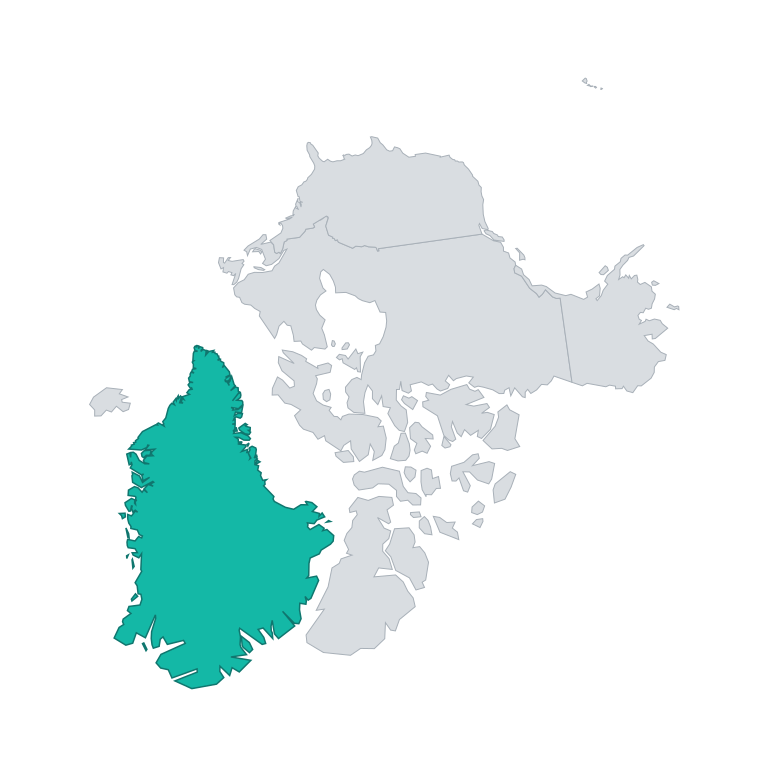 Greenland highlighted, Mercator projection, rotated 172°
{"feature_id": "GRL", "entity_name": "Greenland", "entity_type": "country or territory", "adm_level": 0, "iso_a3": "GRL", "parent_name": "North America", "parent_adm1": "", "projection": "mercator", "projection_center": [-41.68, 71.708], "detail": "fine", "context": "with_neighbors", "style": "filled", "palette": "teal", "viewbox_px": 768, "rotation_deg": 172, "n_neighbors": 3, "source": "natural_earth", "source_scale": "50m", "svg_char_len": 18436}
<svg xmlns="http://www.w3.org/2000/svg" viewBox="0 0 768 768"><g transform="rotate(172 384 384)"><path d="M266.1,518.8L255.6,510.6L248.8,508.1L246.7,502.8L247.2,499.0L242.4,496.4L241.7,491.3L237.2,486.6L237.1,483.3L239.2,480.1L239.1,475.9L232.7,471.6L226.4,458.5L220.4,452.3L218.4,448.4L214.7,450.8L211.0,454.9L205.0,446.8L201.3,444.7L197.6,444.5L197.6,359.5L214.6,368.2L217.9,363.8L222.4,360.4L228.1,361.7L233.7,356.9L239.9,354.2L242.5,358.7L245.3,356.2L246.1,350.9L248.7,352.1L255.1,362.0L260.1,354.6L260.7,362.9L265.3,361.1L266.7,357.9L271.3,358.5L277.1,363.1L285.9,367.0L291.1,368.8L294.8,368.1L299.9,373.3L294.6,378.4L301.4,380.5L311.6,379.3L314.8,377.6L318.8,383.6L322.9,378.5L319.1,374.2L321.5,370.7L329.1,369.2L332.2,371.7L336.0,377.2L340.2,376.4L346.8,380.9L358.2,379.6L357.8,373.3L361.1,371.5L367.0,375.0L367.0,384.4L369.4,376.5L372.4,376.8L374.1,366.4L370.1,359.8L365.6,355.3L365.9,342.7L370.4,334.1L375.4,336.0L379.2,341.3L384.3,354.2L381.0,359.6L388.0,361.8L388.0,372.6L393.0,364.4L397.5,371.1L396.4,378.7L400.1,385.3L404.0,378.2L406.8,369.4L407.0,357.6L417.9,360.1L423.0,365.4L423.2,370.6L420.4,376.1L423.1,381.4L422.6,386.2L415.2,392.9L409.9,394.3L406.0,391.5L404.9,396.2L400.2,407.8L395.8,413.7L390.4,414.3L387.4,417.9L387.2,423.4L382.8,424.4L378.2,431.0L374.1,439.9L372.6,446.0L372.4,454.6L377.9,455.8L381.4,467.9L386.7,466.5L393.7,469.5L397.5,472.1L400.2,475.3L408.9,480.0L419.2,481.0L418.6,486.7L419.8,493.1L422.5,500.1L428.1,505.9L431.0,503.9L433.1,497.6L431.1,487.6L428.5,484.2L434.5,481.1L438.8,476.4L440.9,471.7L440.6,467.1L438.0,461.1L433.4,455.7L437.9,447.9L436.2,441.0L435.0,428.7L437.6,426.8L447.9,429.8L451.1,427.6L459.2,435.0L460.4,438.1L467.1,438.7L467.0,445.1L468.2,454.6L471.7,455.7L474.4,460.0L479.9,455.9L483.5,447.8L486.0,444.3L498.0,468.7L496.5,473.0L501.5,476.8L504.9,480.7L510.9,482.4L513.4,484.4L514.9,489.9L517.8,490.8L519.3,493.1L519.6,500.1L514.1,504.6L507.9,506.7L503.2,511.6L496.8,512.6L488.7,511.3L479.1,511.7L476.0,515.9L471.2,518.5L461.4,531.1L464.6,530.2L470.6,522.8L478.6,518.1L484.2,517.5L487.5,520.3L484.0,524.1L486.4,534.3L491.3,537.0L497.6,536.2L501.3,530.1L501.6,534.1L504.0,536.0L499.4,539.6L487.3,544.9L483.0,548.7L480.2,548.3L480.0,543.8L486.6,539.4L476.4,540.3L473.9,537.2L473.9,529.8L472.2,528.2L469.7,529.1L468.4,527.6L465.6,531.8L463.1,538.5L460.2,539.6L459.9,541.0L447.2,541.0L441.0,546.2L439.8,548.2L432.6,548.3L430.9,549.1L431.8,552.2L426.9,554.7L423.0,555.5L418.6,558.3L416.0,556.7L419.7,548.5L418.2,539.1L414.3,536.6L414.7,535.6L413.1,535.0L412.2,532.8L410.4,533.2L410.7,532.7L409.8,532.1L409.4,530.7L396.2,522.8L392.8,524.4L386.9,523.0L383.9,523.8L380.2,522.0L373.7,520.7L372.6,519.8L371.9,516.6L370.6,516.6L370.6,518.8L266.1,518.8ZM412.7,427.6L415.5,423.8L420.7,423.9L420.6,425.5L416.2,430.0L413.6,429.8L412.7,427.6ZM428.7,323.1L424.5,316.2L424.7,311.4L435.1,312.0L441.6,319.2L442.0,322.8L428.7,323.1ZM426.6,430.5L428.1,428.1L429.6,428.3L430.6,430.0L429.1,434.2L427.4,433.5L426.6,430.5ZM376.4,293.4L374.4,299.0L368.9,298.0L364.3,294.2L366.3,287.6L371.8,283.5L375.1,288.8L376.4,293.4ZM375.6,253.0L366.8,252.4L365.8,247.4L373.4,247.7L376.0,251.0L375.6,253.0ZM364.6,230.1L369.1,236.7L368.1,243.4L362.5,247.1L359.4,242.9L357.8,236.0L357.5,228.0L364.6,230.1ZM397.1,301.8L380.9,295.5L379.2,279.9L375.4,273.0L367.6,271.1L363.2,266.0L364.6,259.2L372.4,260.2L376.6,265.6L384.0,265.6L387.3,270.9L386.4,276.9L393.1,284.1L403.7,286.0L409.7,282.7L423.6,282.5L427.6,288.2L428.4,294.3L426.1,298.1L420.5,301.1L415.6,299.4L397.1,301.8ZM309.8,241.7L315.1,244.5L313.9,249.9L306.8,254.9L301.3,249.3L304.3,243.5L309.8,241.7ZM308.9,228.5L315.9,233.2L311.3,236.9L305.0,236.9L305.1,234.2L308.9,228.5ZM520.6,503.6L515.4,514.1L517.8,512.2L520.4,513.4L519.1,515.5L522.4,517.0L524.1,515.6L527.9,517.4L526.7,521.6L529.4,520.6L531.0,527.2L529.4,532.0L525.3,531.2L526.1,526.7L525.0,525.9L520.6,530.8L518.4,530.6L521.1,528.0L517.4,526.6L506.1,526.8L505.5,525.1L507.8,523.1L506.2,521.6L509.4,518.1L513.3,508.8L515.6,505.4L518.9,503.3L520.6,503.6ZM411.0,402.5L421.6,410.7L421.9,414.8L424.7,414.1L427.4,416.9L424.1,419.6L418.2,417.6L416.1,413.7L407.0,422.6L405.7,417.7L400.6,418.5L403.8,414.3L405.6,399.1L408.3,399.9L409.0,403.9L411.0,402.5ZM432.4,328.8L436.0,323.8L449.6,335.9L450.1,341.1L457.1,338.5L461.0,345.9L470.1,350.5L473.4,355.0L477.0,365.1L470.1,370.0L478.9,376.7L484.9,378.9L490.4,388.0L496.3,388.6L495.1,395.2L488.5,405.8L483.9,402.0L477.9,393.1L473.0,394.3L472.6,399.6L483.2,411.3L485.7,419.8L484.4,425.8L470.1,416.8L479.4,429.0L480.0,431.8L469.8,428.6L461.7,423.8L457.1,419.7L458.4,417.3L447.3,408.7L447.4,411.2L436.5,412.6L433.3,409.6L435.7,403.1L450.6,401.7L449.3,398.5L450.7,393.8L455.5,384.5L453.1,376.7L447.3,371.7L439.6,368.2L442.0,365.5L438.0,358.9L434.7,358.2L431.7,354.5L429.7,357.7L422.9,359.1L409.1,356.7L395.0,351.7L391.9,347.8L395.9,342.5L390.5,342.4L389.3,330.2L392.2,318.9L396.1,313.5L405.8,309.9L403.0,318.5L406.0,326.5L409.5,316.1L419.1,310.7L425.5,324.2L425.0,332.4L432.4,328.8ZM373.1,305.4L380.9,305.9L388.1,309.2L382.5,321.0L378.0,323.5L374.0,332.8L369.7,332.4L367.3,321.3L367.4,314.8L369.3,309.1L373.1,305.4ZM266.1,276.2L272.5,264.2L280.2,253.1L291.2,250.8L290.7,263.9L287.8,269.6L271.2,279.6L266.1,276.2ZM228.9,488.2L232.5,487.7L231.4,494.9L234.7,499.9L233.2,499.9L227.6,492.2L226.9,489.5L227.1,487.4L228.9,488.2ZM331.6,219.5L349.2,229.4L353.6,246.1L347.4,244.1L341.2,238.1L332.8,237.4L336.4,231.8L331.9,227.1L331.6,219.5ZM263.6,521.7L261.7,522.4L255.5,519.9L254.4,517.8L251.0,515.8L250.3,514.1L246.4,513.1L245.0,509.9L245.3,508.5L255.1,511.3L258.3,516.1L262.0,518.5L263.6,521.7ZM271.0,301.0L276.4,303.9L286.1,304.7L293.8,314.3L279.8,326.7L275.1,335.3L275.1,340.5L265.2,346.2L263.2,341.0L254.5,334.7L262.0,311.6L258.3,303.2L271.0,301.0ZM322.8,280.5L326.2,277.9L330.1,278.5L330.8,286.0L328.5,293.1L315.7,295.3L306.2,301.5L300.5,301.8L300.0,297.2L307.8,290.8L290.8,292.5L285.5,289.9L290.6,274.9L294.2,270.5L304.8,275.9L311.5,285.0L318.1,286.1L312.7,271.3L316.2,265.3L320.1,267.2L322.8,280.5ZM327.7,319.6L331.9,324.8L335.5,345.1L348.6,356.1L348.2,360.9L342.0,361.7L344.4,365.8L343.2,369.7L329.8,365.2L318.4,369.4L302.1,371.9L300.0,367.0L294.9,364.1L291.5,365.3L286.9,356.8L305.5,352.2L298.2,349.6L284.8,350.3L282.8,346.1L291.5,341.4L285.7,341.6L279.1,338.4L284.9,324.3L295.0,316.5L298.9,319.0L297.0,325.0L305.4,321.1L310.6,327.6L314.9,321.1L318.3,325.3L321.4,337.3L323.3,332.3L320.6,319.4L324.0,317.5L327.7,319.6ZM350.7,324.3L346.5,315.9L351.0,309.4L355.5,312.2L362.2,310.5L363.2,314.4L359.7,320.7L365.4,326.2L364.7,337.2L358.5,341.8L354.9,340.8L352.3,336.3L342.9,326.8L343.0,322.7L350.7,324.3ZM327.4,312.7L332.5,312.1L335.3,315.1L332.0,323.6L326.1,314.5L327.4,312.7ZM358.0,266.5L360.9,274.0L361.0,282.0L359.3,293.1L353.1,294.6L349.0,292.3L349.1,283.6L342.9,284.8L342.6,272.8L346.7,273.3L352.4,267.7L357.7,268.7L358.0,266.5ZM364.7,201.3L370.0,184.1L373.8,182.4L372.2,176.9L381.0,175.6L385.8,188.5L398.3,197.7L401.3,212.0L405.9,218.7L400.7,224.7L393.7,239.2L379.2,238.1L375.2,230.4L375.2,223.2L378.2,217.9L371.3,218.0L367.1,211.1L364.7,201.3ZM384.1,159.2L401.5,148.6L407.1,137.9L411.7,139.4L415.8,147.5L418.7,131.7L430.4,123.3L444.0,125.4L454.9,120.0L481.3,126.5L496.3,138.6L496.1,146.3L474.4,169.4L482.6,169.3L467.6,190.9L461.1,209.1L453.3,212.6L450.9,216.8L439.5,219.0L444.7,221.6L442.1,225.1L445.2,234.7L441.6,241.1L435.8,246.3L434.0,253.2L428.7,258.3L429.2,262.2L435.7,261.5L435.8,265.6L425.7,275.3L415.8,270.9L404.7,273.4L392.0,270.6L391.5,262.7L398.5,258.9L396.6,246.3L398.9,245.0L409.0,252.7L403.9,241.2L397.8,237.6L400.8,230.2L407.5,225.6L408.6,218.6L403.3,210.4L401.6,199.2L414.9,202.6L420.8,194.4L399.1,193.3L392.5,185.3L389.3,175.5L384.9,168.1L384.1,159.2ZM445.9,382.9L443.4,385.8L439.2,386.3L438.2,381.5L439.8,375.9L443.3,374.5L446.2,377.3L445.9,382.9ZM366.5,361.9L368.8,366.0L366.4,369.6L361.3,366.5L358.2,367.6L353.1,362.9L359.1,354.7L366.5,361.9ZM486.2,513.8L487.5,513.3L492.5,514.8L496.4,517.2L496.5,518.2L489.7,516.5L486.2,513.8ZM488.1,529.9L489.5,532.6L495.7,533.2L493.8,535.4L492.4,535.8L487.7,533.5L486.7,531.6L488.1,529.9Z" fill="#d9dde1" stroke="#a8b0b8" stroke-width="1"/><path d="M266.1,518.8L370.6,518.8L370.6,516.6L371.9,516.6L372.6,519.8L373.7,520.7L380.2,522.0L383.9,523.8L386.9,523.0L392.8,524.4L396.2,522.8L409.4,530.7L409.8,532.1L410.7,532.7L410.4,533.2L412.2,532.8L413.1,535.0L414.7,535.6L414.3,536.6L418.2,539.1L419.7,548.5L416.0,556.2L416.4,557.5L417.7,558.3L431.8,552.2L430.9,549.1L432.6,548.3L439.8,548.2L441.0,546.2L447.2,541.0L459.9,541.0L460.2,539.6L463.1,538.5L465.6,531.8L468.4,527.6L469.7,529.1L472.2,528.2L473.9,529.8L473.9,537.2L477.0,542.0L465.1,547.9L462.5,552.2L462.4,554.9L463.7,557.6L465.2,557.7L464.9,555.9L466.0,557.0L465.7,558.5L454.7,560.5L451.5,562.0L457.1,561.1L458.2,562.0L452.9,563.5L450.5,563.5L450.6,562.9L449.5,564.3L450.6,564.5L449.8,568.0L447.0,571.8L446.8,570.6L444.7,569.1L445.5,571.7L446.4,572.6L446.5,574.4L443.1,580.1L444.0,576.6L442.0,574.8L441.6,570.8L440.9,572.9L441.7,575.9L439.2,575.2L441.8,576.7L441.9,581.2L443.0,581.6L443.9,587.9L441.5,591.3L437.6,592.7L435.2,595.3L433.3,595.6L431.4,597.3L430.8,598.8L426.7,601.7L422.8,606.5L422.2,609.6L422.9,612.6L425.8,619.4L425.8,621.3L427.6,626.2L427.3,630.7L426.4,633.2L425.2,633.8L423.4,633.2L422.8,631.4L421.4,630.5L417.0,621.9L417.8,619.1L416.8,616.7L413.8,613.1L412.3,612.4L408.5,614.4L406.0,612.1L403.7,611.1L399.4,611.6L396.0,611.1L391.6,612.1L392.3,613.3L392.2,615.0L393.0,615.9L392.3,616.5L390.9,615.8L389.5,616.6L386.7,616.5L383.9,614.2L380.6,614.8L377.9,613.7L372.4,615.1L368.9,618.3L365.2,620.1L363.1,622.2L362.3,624.1L362.2,627.0L363.1,630.5L361.7,630.6L356.0,628.4L354.1,623.4L351.9,621.0L348.7,615.5L346.1,613.8L343.0,613.8L340.6,617.3L337.5,616.0L335.5,614.7L333.3,610.0L327.8,605.1L321.2,605.1L321.2,606.9L310.7,606.9L296.4,601.7L296.8,600.8L287.7,601.6L287.1,599.3L284.6,596.7L282.8,596.2L282.4,594.9L280.3,594.6L279.0,593.4L275.5,593.0L274.5,592.2L274.0,589.7L270.4,585.0L267.2,578.5L267.4,577.4L262.8,571.7L262.3,567.8L260.3,565.1L261.1,560.9L260.9,556.6L259.7,552.7L261.2,547.8L262.1,538.2L261.5,530.9L259.2,523.5L259.6,522.4L265.1,524.3L267.1,529.6L268.0,528.1L266.1,518.8ZM197.6,359.5L197.6,444.5L201.3,444.7L205.0,446.8L211.0,454.9L214.7,450.8L218.4,448.4L220.4,452.3L226.4,458.5L232.7,471.6L239.1,475.9L239.2,480.1L237.1,483.3L231.7,478.7L230.6,472.8L225.8,467.3L223.7,460.6L214.1,460.0L209.7,457.9L201.9,450.3L191.7,446.2L186.4,446.8L174.5,440.0L170.3,441.7L171.1,447.0L164.7,449.0L157.2,453.1L156.6,448.7L158.3,441.3L162.3,438.9L161.3,436.9L156.5,441.3L153.9,446.3L148.5,451.7L151.2,455.2L147.7,460.4L139.8,465.5L138.9,468.6L133.0,472.2L131.8,475.4L127.4,478.2L124.8,477.7L114.3,484.0L107.8,485.9L107.2,484.8L119.1,476.0L123.8,475.3L125.6,472.5L130.9,468.4L134.5,464.5L135.1,459.1L137.1,454.8L132.7,457.0L131.5,455.8L129.4,458.4L127.0,454.7L126.0,457.4L124.5,453.7L120.8,456.6L118.5,456.6L118.1,452.3L118.8,449.6L116.4,446.9L111.5,448.3L105.7,443.0L105.7,438.6L102.8,435.2L104.2,430.6L107.3,426.1L108.7,421.8L111.7,421.2L114.3,422.6L117.4,418.5L120.1,419.2L123.0,416.6L122.3,412.7L120.2,411.1L123.0,407.7L116.6,409.7L115.5,411.7L112.5,409.7L107.2,410.7L101.6,408.6L100.1,405.0L95.3,399.8L109.0,391.3L112.1,391.3L111.6,396.0L119.6,395.7L116.5,389.8L111.8,386.1L105.5,377.0L100.4,373.8L102.5,368.3L109.2,368.0L113.9,363.2L114.8,357.9L118.7,352.6L129.5,346.3L133.0,347.0L138.8,340.8L144.5,343.3L147.2,348.5L148.9,346.3L155.3,347.0L155.1,349.6L160.8,351.5L164.7,350.4L182.8,356.4L187.8,354.6L197.6,359.5ZM81.6,416.5L83.9,418.1L86.3,417.2L93.1,420.6L89.9,423.3L85.6,419.9L82.3,420.4L81.4,419.7L81.6,416.5ZM143.2,654.2L145.5,656.5L142.2,658.9L141.2,658.3L140.7,655.7L141.6,654.6L141.5,653.4L143.2,654.2ZM141.0,651.4L139.4,652.2L138.3,650.8L138.7,650.4L141.0,651.4ZM138.1,649.8L138.0,650.2L136.0,650.1L136.3,649.6L138.1,649.8ZM133.3,647.6L134.7,649.2L134.5,649.4L133.0,649.2L132.3,648.1L133.3,647.6ZM128.3,645.6L127.9,646.9L126.6,646.2L127.4,645.5L128.3,645.6ZM101.5,443.9L104.5,444.6L104.8,447.5L102.5,448.7L97.8,445.2L101.5,443.9ZM151.4,461.7L153.9,462.2L155.5,464.4L148.5,470.3L146.6,468.5L146.0,465.3L151.4,461.7Z" fill="#d9dde1" stroke="#a8b0b8" stroke-width="1"/><path d="M675.0,392.5L674.1,398.5L678.4,404.7L673.5,411.4L659.3,418.9L643.8,414.9L647.5,411.1L639.3,406.8L646.0,405.1L645.8,402.4L637.9,400.3L640.5,394.3L646.2,392.9L652.1,399.2L657.8,394.2L662.6,396.8L668.7,391.8L675.0,392.5Z" fill="#d9dde1" stroke="#a8b0b8" stroke-width="1"/><path d="M616.7,109.1L632.4,119.1L609.0,124.7L608.8,127.9L634.9,122.4L637.4,131.1L644.7,133.8L648.5,139.6L642.5,147.3L616.9,154.8L618.2,158.0L634.8,156.3L638.0,164.3L641.1,162.4L643.2,155.5L649.2,154.5L650.0,158.1L649.9,164.4L648.6,171.1L642.7,183.7L642.5,187.2L655.6,165.9L663.9,172.1L668.9,162.3L676.0,161.3L686.6,170.0L680.2,179.8L675.2,182.1L676.0,185.0L675.0,187.5L666.5,192.0L669.6,195.3L667.5,199.2L656.4,199.1L653.7,204.5L654.0,209.6L656.7,210.5L656.5,218.5L658.1,221.9L650.0,232.2L650.6,234.1L647.7,249.7L651.0,246.0L656.2,249.5L656.9,251.9L651.7,251.3L653.4,255.6L660.1,257.5L660.7,259.7L660.5,263.2L659.5,265.8L652.4,263.2L648.2,267.1L645.4,265.3L644.4,267.2L647.2,268.9L648.6,273.8L654.8,276.2L654.4,278.1L656.1,281.8L656.5,285.8L656.0,290.5L652.4,288.5L648.0,292.8L645.8,291.4L647.9,293.7L650.5,292.1L651.3,296.0L650.3,298.1L651.0,298.4L652.7,293.5L654.3,293.5L656.9,299.7L657.0,302.5L650.0,305.8L646.9,303.9L647.6,300.6L646.8,299.4L646.8,301.9L645.4,303.3L646.0,304.4L645.4,306.4L646.2,307.4L652.9,309.3L651.8,314.5L645.4,317.1L642.0,315.4L638.6,310.5L636.6,312.7L633.4,309.3L636.2,313.5L631.4,317.3L626.8,314.9L629.6,317.3L625.7,318.8L626.5,319.7L638.7,315.2L646.6,321.6L646.4,328.2L645.6,328.9L645.6,331.7L638.9,326.9L636.8,320.1L629.1,324.2L636.1,321.8L636.5,326.9L634.6,328.3L637.0,327.9L646.9,336.2L644.8,339.1L644.9,340.5L645.1,342.1L645.6,339.9L647.6,339.4L648.5,350.4L645.3,351.2L645.1,346.6L644.1,351.4L641.7,351.3L639.3,349.0L637.0,342.4L632.0,338.3L627.5,337.6L632.2,339.4L632.9,341.9L628.9,345.6L622.6,345.1L624.1,346.9L623.5,349.0L620.0,351.4L629.7,351.9L625.5,356.0L626.4,356.4L627.7,354.1L633.4,352.4L645.9,355.1L642.6,357.6L642.7,358.6L639.7,359.2L640.1,360.8L638.0,360.9L638.0,362.4L634.7,364.3L635.0,365.4L629.8,370.5L615.8,375.4L613.8,374.9L614.2,376.2L612.8,376.8L607.7,373.0L608.3,374.8L607.6,375.2L608.3,377.5L604.8,380.8L601.0,389.9L599.0,392.7L596.9,394.4L594.4,392.6L595.3,395.4L592.4,398.3L591.9,396.7L591.4,398.7L589.9,397.9L587.2,400.5L586.3,399.4L589.0,393.9L585.7,393.1L587.3,394.3L585.8,397.6L584.4,396.6L585.6,399.4L578.1,400.8L580.4,402.8L577.8,405.4L574.7,405.5L575.1,407.0L576.3,406.6L578.1,410.4L575.8,412.7L572.8,412.0L576.4,413.5L576.7,417.0L574.8,418.8L574.6,420.8L573.5,422.5L570.6,421.3L572.6,423.3L571.6,425.2L567.7,425.4L570.6,426.6L570.0,430.0L570.8,432.4L569.0,433.5L570.0,433.8L568.5,440.9L567.3,442.8L564.0,442.3L566.6,443.8L567.0,446.3L566.2,447.4L563.8,446.6L565.0,447.9L564.0,448.2L562.1,447.4L562.8,444.7L561.4,446.7L558.5,445.3L558.5,444.0L560.0,443.3L560.8,441.7L558.5,443.4L556.0,442.1L555.6,440.9L556.6,437.4L552.8,440.6L547.9,440.9L549.4,439.2L547.1,439.1L547.0,437.7L545.1,437.0L544.6,435.0L543.7,434.5L544.1,433.7L543.4,432.1L545.5,430.6L542.5,431.2L542.7,429.4L539.8,427.4L539.9,425.4L541.8,422.7L539.6,424.5L535.5,417.7L535.2,414.5L540.0,412.8L539.2,412.8L539.4,411.9L535.2,413.8L534.6,412.8L536.4,409.7L538.4,408.7L539.7,408.7L541.0,410.7L540.6,408.5L539.1,407.9L537.4,404.0L538.3,407.6L536.4,409.1L536.7,407.7L536.3,408.0L533.8,412.7L532.5,404.4L531.5,402.9L536.9,398.8L531.4,401.7L529.0,400.5L529.3,396.9L528.2,396.3L536.4,388.4L529.6,394.9L527.4,395.3L527.3,392.9L528.1,390.6L532.0,388.4L527.1,387.4L526.4,386.0L526.7,383.2L531.6,379.8L538.7,382.1L536.6,380.5L537.4,379.3L532.2,379.0L526.9,381.9L529.1,375.3L535.0,376.9L536.6,373.5L532.7,375.2L528.3,374.4L529.6,371.2L531.2,370.2L534.9,372.0L536.8,371.3L538.0,369.3L536.3,369.8L536.9,365.7L539.9,365.3L537.0,364.9L538.0,360.0L539.7,358.6L539.1,357.0L539.8,356.0L532.5,355.7L525.9,351.6L523.9,348.5L525.3,347.1L530.5,347.9L535.3,351.4L538.5,351.9L536.0,349.7L536.3,346.7L534.3,344.9L537.2,345.0L529.7,342.9L529.3,341.4L534.3,337.0L528.0,338.2L529.2,335.5L528.4,335.7L526.7,329.5L527.2,328.6L526.2,329.2L528.0,334.4L525.9,337.3L526.1,339.6L523.3,340.7L519.9,338.5L519.6,336.9L521.0,331.8L522.8,328.7L520.0,330.9L519.8,329.4L521.0,328.8L519.9,327.5L522.4,326.0L523.1,322.2L519.6,320.5L521.1,316.3L518.0,313.2L519.0,310.5L517.5,305.5L513.7,305.6L515.7,304.3L515.7,301.3L517.4,299.9L508.7,287.9L509.9,285.6L508.9,282.9L498.8,275.6L490.9,272.5L483.0,276.0L476.6,275.0L478.1,278.4L477.5,278.6L471.9,276.6L467.5,271.8L472.7,267.7L466.0,264.8L466.7,262.1L463.2,264.9L461.2,260.7L469.4,258.6L472.6,255.4L479.2,257.1L478.9,255.2L479.6,253.1L477.5,250.1L468.0,253.9L463.4,249.5L465.1,247.3L460.8,247.8L454.9,240.9L456.2,235.5L459.3,232.8L469.3,228.3L471.7,224.8L481.3,222.0L483.3,216.7L485.2,204.8L487.5,202.6L477.5,203.1L476.1,198.6L486.2,181.9L489.2,180.5L491.7,184.6L491.1,179.9L492.0,176.8L497.9,178.6L499.1,172.1L498.8,163.1L501.7,158.5L506.0,159.5L516.1,173.0L506.1,156.8L523.9,146.6L527.2,151.8L527.6,165.5L529.6,159.8L530.0,155.3L529.3,153.1L529.6,147.4L537.7,159.2L542.8,158.5L538.3,149.8L537.3,143.5L540.9,143.1L560.9,162.2L561.7,160.4L561.3,153.5L562.8,146.1L562.4,143.1L557.8,135.1L573.6,135.0L554.3,128.9L567.4,119.0L573.9,124.2L577.4,116.8L585.7,127.4L586.6,122.3L583.5,115.6L591.6,110.1L616.7,109.1ZM528.6,354.0L533.3,358.4L533.9,360.6L526.9,364.3L525.2,362.8L527.2,362.2L526.6,361.3L522.5,359.5L523.0,356.9L524.7,357.0L522.8,354.9L524.5,352.8L528.6,354.0ZM633.7,345.9L633.9,349.0L630.8,351.3L623.9,350.9L625.5,346.0L629.3,346.5L632.3,344.5L633.7,345.9ZM560.4,154.1L553.3,146.7L551.0,139.4L554.6,136.7L560.2,142.9L560.8,145.2L560.4,154.1ZM664.1,206.1L659.3,210.8L657.5,208.0L663.8,204.2L664.1,206.1ZM661.8,287.1L662.2,290.1L664.1,292.6L658.4,292.1L658.6,288.4L661.8,287.1ZM659.6,277.4L657.7,271.3L657.8,267.0L659.0,267.8L659.6,277.4ZM522.1,323.2L520.0,326.1L517.6,324.2L521.4,322.6L522.1,323.2ZM659.3,160.5L657.9,161.0L655.7,154.2L656.8,153.0L659.3,160.5ZM537.2,361.2L536.4,361.2L535.9,357.9L538.5,358.0L537.2,361.2ZM658.0,244.9L657.5,245.6L656.8,238.1L658.3,236.6L658.0,244.9ZM460.1,255.2L457.9,256.5L456.1,255.3L460.1,255.2ZM528.1,343.2L526.3,344.0L526.1,343.5L527.5,341.5L528.1,343.2ZM662.8,249.7L661.0,250.4L663.0,247.0L662.8,249.7ZM555.4,439.6L554.7,441.8L553.1,440.9L555.4,439.6ZM534.7,346.7L533.0,346.5L532.9,346.1L533.6,345.3L534.7,346.7ZM590.3,399.8L589.4,401.0L589.3,399.5L590.3,399.8Z" fill="#14b8a6" stroke="#0f766e" stroke-width="1.5"/></g></svg>